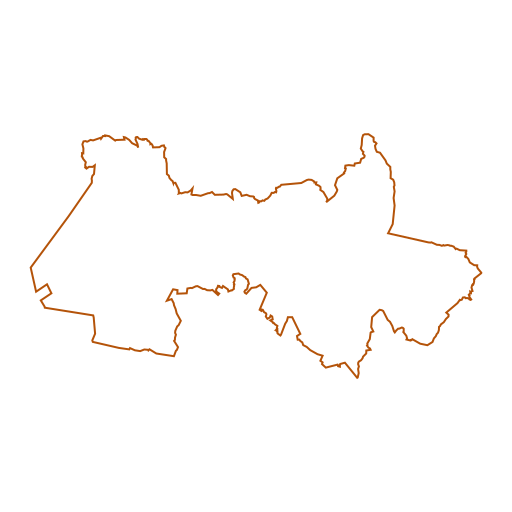 the district of Tlaxco, Tlaxcala, Mexico
{"feature_id": "50627088B58277069964164", "entity_name": "Tlaxco", "entity_type": "district", "adm_level": 2, "iso_a3": "MEX", "parent_name": "Mexico", "parent_adm1": "Tlaxcala", "projection": "albers", "projection_center": [-98.132, 19.62], "detail": "fine", "context": "isolated", "style": "outline", "palette": "amber", "viewbox_px": 512, "rotation_deg": 0, "n_neighbors": 0, "source": "geoboundaries", "source_scale": "gbopen_adm2", "svg_char_len": 6072}
<svg xmlns="http://www.w3.org/2000/svg" viewBox="0 0 512 512"><path d="M68.7,216.1L30.7,267.6L36.1,291.7L47.0,284.3L51.4,293.3L40.8,300.4L44.6,306.6L44.8,307.7L93.2,315.4L93.7,317.5L95.1,333.7L92.3,340.4L92.8,341.9L118.8,347.9L129.3,349.4L130.0,348.1L134.9,350.3L140.2,351.1L144.3,349.5L148.1,349.8L148.4,350.4L149.5,349.3L156.3,353.5L173.9,356.2L175.9,350.8L176.9,349.9L178.0,347.1L174.1,340.9L174.9,339.9L175.0,337.6L175.9,334.7L175.1,332.9L175.3,330.8L177.2,326.4L178.6,325.2L180.8,320.8L176.7,313.4L175.6,309.0L174.0,305.2L173.7,303.2L171.6,299.1L166.9,300.7L173.1,289.3L177.5,290.1L177.3,293.7L186.7,293.3L187.4,288.5L190.8,287.9L192.0,288.1L195.8,286.3L197.5,286.1L203.0,289.0L204.6,288.9L207.1,290.2L210.4,290.4L212.4,289.9L218.0,295.0L219.2,293.6L216.9,292.0L216.1,290.6L216.2,289.2L217.5,287.5L218.0,285.8L219.3,286.0L219.4,286.8L222.0,287.9L223.0,286.0L227.9,289.4L228.4,291.5L231.3,290.3L231.8,290.5L233.9,288.9L233.8,287.2L234.2,285.8L233.9,284.8L234.4,284.3L233.6,282.4L234.6,280.8L234.5,279.5L234.8,279.1L234.6,278.1L233.6,277.6L232.8,275.4L233.4,274.2L238.6,273.5L239.7,274.4L242.3,275.2L243.9,276.5L245.4,277.1L245.9,278.4L247.6,279.4L248.9,283.8L248.1,284.7L247.3,288.5L246.6,289.5L245.2,290.3L244.4,291.7L244.9,292.8L246.3,293.7L251.5,287.9L256.2,287.3L260.3,284.9L266.8,292.7L259.3,310.6L259.8,309.8L262.1,311.5L261.1,309.4L262.8,309.8L264.1,312.2L265.8,313.1L266.2,313.7L266.4,314.4L265.8,316.5L267.4,318.8L269.8,317.5L270.6,315.5L272.2,316.5L272.7,319.4L270.3,320.4L273.0,322.4L273.2,323.1L274.1,323.2L274.8,324.2L277.4,325.9L276.8,328.0L277.3,328.7L276.5,329.5L277.3,329.4L277.4,330.8L276.7,330.5L276.4,330.8L277.5,332.1L277.4,333.0L277.8,333.6L280.4,335.5L281.0,334.7L285.2,323.7L286.9,321.0L287.9,317.2L292.2,317.2L300.3,333.9L297.0,336.0L297.7,339.7L299.3,339.6L300.3,341.0L302.3,342.4L303.2,345.1L306.7,346.9L310.2,350.1L317.5,354.2L322.6,355.7L320.4,360.8L322.6,362.4L322.0,364.1L325.8,367.6L337.6,364.6L338.1,365.3L338.1,366.2L339.9,366.7L339.9,364.8L340.2,364.0L344.9,362.7L357.2,377.8L357.7,377.5L358.7,373.1L358.1,369.0L358.9,366.4L358.1,364.1L358.3,362.5L359.0,361.5L361.0,360.3L362.5,358.4L363.1,356.6L366.2,353.5L366.3,350.5L370.6,349.8L370.0,348.5L368.4,347.6L367.0,345.6L367.5,345.1L367.3,343.5L369.8,339.1L370.6,332.7L370.9,332.3L373.3,331.5L371.2,327.1L372.1,317.1L379.6,309.8L381.8,310.2L383.2,311.0L387.7,319.9L390.0,321.8L392.3,326.0L394.0,331.3L394.8,332.4L396.3,330.4L398.1,328.7L399.1,328.7L401.9,327.5L403.2,328.1L403.7,328.7L403.7,331.4L403.3,332.0L406.3,335.7L407.1,338.4L406.5,339.5L410.3,340.5L410.6,340.0L411.5,340.2L412.3,339.2L420.2,343.7L427.4,345.2L432.5,342.0L433.9,338.4L435.8,336.2L436.7,334.1L438.0,332.7L438.9,330.0L439.0,326.9L440.0,326.1L440.9,324.4L443.8,322.2L445.9,319.0L448.5,316.5L448.6,314.7L446.3,312.6L457.5,303.1L459.8,299.9L460.2,300.2L461.8,299.7L462.9,297.5L464.8,297.3L465.7,298.2L467.0,298.0L468.8,298.5L469.4,299.4L470.6,299.9L471.2,299.5L469.6,297.2L469.1,295.6L469.5,295.2L468.9,294.7L470.4,293.0L470.3,292.1L471.0,292.7L471.1,291.4L472.5,291.0L471.5,287.6L472.1,285.2L472.8,285.1L472.9,284.2L473.4,284.2L473.8,283.2L474.2,281.0L474.0,279.3L474.6,279.1L474.6,278.4L481.2,273.2L481.3,272.7L477.8,268.5L477.1,266.7L477.2,265.3L474.2,265.2L469.8,262.4L468.3,258.9L466.4,256.9L465.6,257.2L465.1,256.8L465.1,256.1L466.3,254.0L465.6,252.8L466.3,251.7L466.3,250.6L459.8,250.2L456.7,248.7L456.0,248.6L455.6,249.0L453.7,246.6L451.1,245.7L450.1,245.8L449.6,245.4L447.6,245.0L444.1,245.6L443.4,245.1L441.9,245.8L439.4,244.9L436.9,244.8L431.4,242.3L430.5,242.6L428.4,242.4L388.1,233.3L392.7,224.1L394.6,205.5L393.6,198.0L394.6,191.4L393.8,186.8L394.5,185.4L394.2,182.3L393.2,179.7L390.6,178.2L390.8,171.9L390.3,169.4L390.3,166.9L386.8,163.6L385.5,160.4L380.0,152.7L376.8,151.8L375.5,148.8L375.0,145.7L376.5,143.4L375.3,142.2L374.2,142.0L373.6,141.0L373.6,137.6L368.5,134.2L364.6,134.3L363.1,135.1L362.1,138.3L361.7,145.0L360.8,148.6L362.6,151.3L363.4,151.8L362.9,153.8L364.6,155.6L364.5,156.8L363.7,157.8L361.2,158.9L360.1,162.7L354.8,163.5L354.3,165.7L348.8,165.1L345.4,165.6L345.0,168.2L345.8,168.5L345.1,171.2L343.9,172.6L344.2,173.4L337.3,178.3L335.0,185.2L337.3,189.9L336.8,191.5L334.3,195.7L326.2,202.2L327.2,200.6L327.3,198.7L323.4,192.0L320.3,189.9L320.6,188.2L320.4,186.9L318.8,185.6L315.9,184.4L316.3,182.4L314.4,182.6L314.2,181.5L311.6,179.9L308.6,179.6L306.9,180.0L301.3,183.0L281.3,184.8L279.7,186.7L278.6,186.8L277.5,187.8L276.1,187.8L275.9,188.7L276.4,191.1L276.1,192.3L274.9,192.0L273.7,192.9L271.7,192.8L270.3,195.6L267.6,198.5L265.3,199.5L264.3,200.8L262.5,200.4L261.4,201.3L259.4,201.2L259.2,202.4L258.3,202.8L257.9,200.5L255.1,199.1L254.2,198.2L254.0,196.9L253.4,196.5L249.9,196.2L246.6,194.8L241.7,195.9L240.3,192.3L235.3,189.1L233.6,189.3L232.3,191.1L232.0,193.0L232.8,198.9L227.3,194.4L226.1,194.0L223.4,194.6L214.8,194.8L212.0,192.0L209.6,193.1L208.1,193.2L200.7,195.8L196.1,195.0L192.6,195.0L191.4,194.5L192.5,188.4L190.7,190.5L187.6,192.4L185.2,192.2L181.4,193.4L180.5,193.0L178.8,193.5L179.3,192.5L178.8,192.2L178.8,189.8L175.4,182.8L173.5,182.9L173.4,183.3L172.6,181.1L171.2,180.0L169.5,178.0L168.8,175.6L166.9,174.1L166.7,163.4L166.1,160.5L166.1,159.0L164.2,157.3L164.1,152.0L165.5,148.3L165.4,147.8L164.4,147.1L163.9,145.4L161.5,145.8L159.4,147.2L153.0,147.4L152.6,145.5L151.6,144.0L151.2,143.7L150.4,144.1L150.4,143.2L148.6,140.9L147.6,140.8L147.1,139.6L146.3,139.0L144.3,139.0L144.1,139.7L142.9,139.8L142.6,139.2L141.9,139.6L139.1,138.7L137.4,137.0L136.2,137.1L135.7,137.5L135.8,138.7L135.5,139.6L137.5,143.9L138.2,147.6L137.3,145.7L132.1,143.2L129.2,139.9L125.5,137.5L123.9,137.1L124.5,139.7L116.0,140.0L115.2,140.6L109.2,136.2L105.2,135.4L105.2,136.1L103.0,136.0L101.0,138.8L100.6,137.8L93.1,140.4L90.5,139.9L87.7,141.5L87.0,141.7L85.7,141.1L83.5,141.4L82.4,144.3L83.4,148.4L83.3,153.4L82.0,153.2L82.1,155.2L81.8,155.9L81.8,156.6L82.7,157.4L82.8,158.4L85.8,162.2L85.2,164.8L85.3,166.6L85.7,166.8L85.2,167.5L86.5,168.6L89.0,166.8L92.6,166.9L94.8,165.3L94.0,174.0L92.3,176.0L91.6,178.8L91.9,180.5L91.8,182.8L68.7,216.1Z" fill="none" stroke="#b45309" stroke-width="2"/></svg>